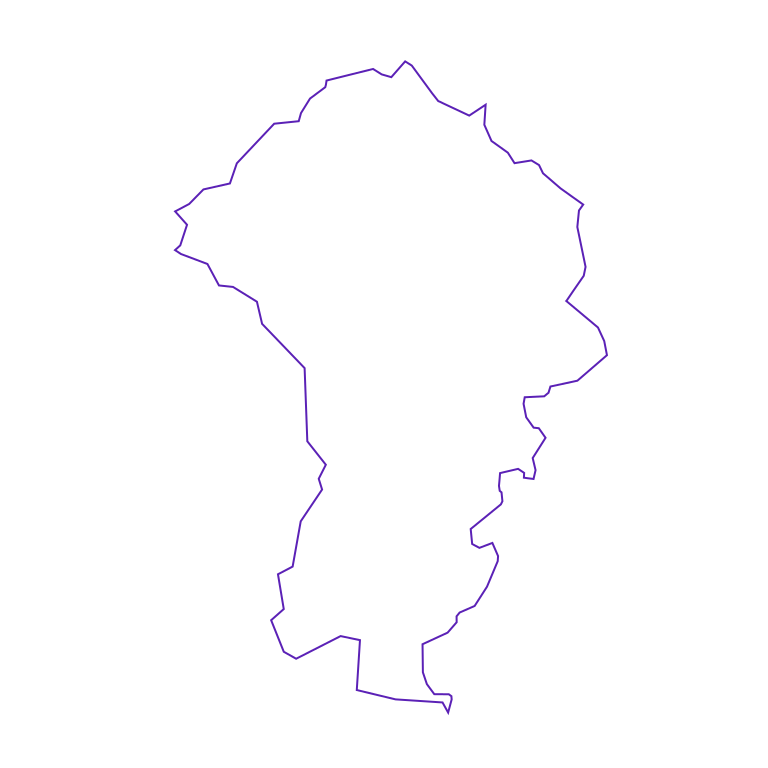 Anne Arundel, Maryland, United States of America (Natural Earth projection), rotated 4°
{"feature_id": "52423323B67559228618519", "entity_name": "Anne Arundel", "entity_type": "district", "adm_level": 2, "iso_a3": "USA", "parent_name": "United States of America", "parent_adm1": "Maryland", "projection": "natural_earth1", "projection_center": [-76.564, 38.975], "detail": "fine", "context": "isolated", "style": "outline", "palette": "violet", "viewbox_px": 768, "rotation_deg": 4, "n_neighbors": 0, "source": "geoboundaries", "source_scale": "gbopen_adm2", "svg_char_len": 1674}
<svg xmlns="http://www.w3.org/2000/svg" viewBox="0 0 768 768"><g transform="rotate(4 384 384)"><path d="M305.2,89.4L304.7,92.0L290.3,104.4L282.3,119.5L280.6,127.8L256.3,132.0L221.8,174.1L216.3,194.7L190.3,202.5L177.1,218.0L163.6,226.4L176.4,238.9L171.1,259.9L166.2,265.0L172.4,268.5L199.5,276.6L212.5,297.2L226.6,297.7L251.5,310.8L258.2,332.5L303.7,373.7L311.5,446.5L331.6,468.6L325.5,483.1L329.6,493.6L310.5,526.8L305.6,572.5L291.5,581.2L299.7,615.5L287.9,627.5L302.7,658.1L315.5,664.2L358.3,638.5L377.9,641.2L378.2,691.2L417.5,697.8L464.6,697.6L470.9,707.3L473.5,693.9L473.0,690.7L470.3,689.0L455.8,689.9L447.7,680.4L442.9,668.9L440.6,640.9L464.8,627.6L473.1,616.6L472.6,610.7L475.4,606.7L489.9,599.1L500.9,579.0L509.8,552.8L509.8,547.7L503.2,535.0L490.6,540.8L483.4,537.6L483.1,537.4L480.6,522.6L488.8,514.9L509.0,495.9L510.3,492.7L508.8,483.9L506.9,482.5L505.8,477.6L505.9,472.9L506.0,464.8L509.8,463.6L523.7,459.3L530.0,462.9L530.1,467.7L534.1,468.0L539.8,468.3L541.2,459.4L537.5,447.5L548.9,426.4L541.5,417.3L536.3,417.1L528.2,407.3L524.6,394.0L525.3,387.4L532.9,386.5L544.7,385.1L547.6,382.3L548.7,381.3L550.2,374.9L571.6,368.7L576.7,367.2L604.4,339.7L600.7,325.8L593.5,312.7L560.1,288.5L560.2,288.4L566.5,277.6L575.7,262.1L576.9,253.1L576.7,252.4L575.2,247.0L565.9,213.9L566.4,197.3L570.2,191.1L567.9,189.7L558.9,184.2L546.4,176.5L527.9,162.7L523.4,154.8L515.7,150.8L515.5,150.7L499.2,154.5L498.8,154.6L491.4,144.6L488.0,142.5L480.7,138.0L474.3,134.1L466.0,118.4L465.9,98.3L450.3,110.3L423.4,99.9L420.5,98.7L418.4,98.0L411.7,90.6L389.5,64.4L382.6,60.7L369.9,77.4L360.1,75.3L351.1,70.5L305.5,85.3L305.2,89.4Z" fill="none" stroke="#5b21b6" stroke-width="2"/></g></svg>